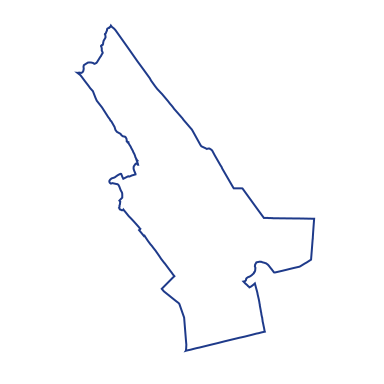 Baleni, Dâmbovita, Romania, rotated 275°
{"feature_id": "2599482B16788296681180", "entity_name": "Baleni", "entity_type": "district", "adm_level": 2, "iso_a3": "ROU", "parent_name": "Romania", "parent_adm1": "Dâmbovita", "projection": "natural_earth1", "projection_center": [25.648, 44.814], "detail": "fine", "context": "isolated", "style": "outline", "palette": "blue", "viewbox_px": 384, "rotation_deg": 275, "n_neighbors": 0, "source": "geoboundaries", "source_scale": "gbopen_adm2", "svg_char_len": 5927}
<svg xmlns="http://www.w3.org/2000/svg" viewBox="0 0 384 384"><g transform="rotate(275 192 192)"><path d="M174.5,295.4L173.5,282.5L173.5,282.4L172.9,274.9L173.0,274.7L172.7,270.0L172.8,269.7L172.4,265.9L179.0,260.1L186.6,253.5L199.9,242.0L200.0,241.8L199.7,238.0L199.3,233.3L200.0,232.7L218.1,220.0L219.5,219.3L221.0,218.1L230.6,211.4L234.9,208.6L235.2,208.3L235.4,208.1L235.9,207.4L236.4,206.4L236.6,206.0L236.8,205.7L236.8,205.1L236.8,204.9L236.7,204.5L236.3,203.1L236.2,203.0L236.5,202.3L237.0,201.1L237.3,200.2L238.3,197.5L238.5,197.3L238.7,197.0L239.9,196.1L253.4,187.0L253.9,186.6L254.2,186.4L262.3,178.1L263.5,176.9L264.3,176.3L264.7,175.9L273.1,167.1L273.7,166.5L274.0,166.3L274.3,166.1L276.4,164.1L278.1,162.3L280.2,160.4L281.4,159.2L286.7,153.9L287.1,153.5L288.1,152.3L289.2,151.1L291.6,148.4L294.3,145.9L299.3,141.6L301.7,140.0L304.7,137.4L312.4,130.7L317.5,126.2L329.9,115.8L346.5,101.7L348.0,100.1L349.5,97.8L350.7,96.7L349.4,96.3L349.1,95.6L348.6,95.5L348.3,95.3L348.2,95.0L348.2,94.6L347.7,94.0L347.3,93.4L346.4,93.2L345.4,93.2L344.2,92.7L342.9,92.4L342.2,92.0L342.0,91.6L341.5,91.5L341.0,91.9L339.7,92.2L338.7,92.4L337.7,92.1L335.0,90.8L333.0,90.5L331.8,90.5L330.9,90.3L330.6,89.9L330.6,89.5L330.5,89.4L330.2,89.3L330.1,89.1L330.0,88.9L329.8,88.8L329.5,88.9L329.4,88.8L329.4,88.7L329.2,88.7L329.1,88.8L328.9,89.0L327.8,89.4L326.6,89.7L325.4,89.7L324.7,90.0L323.6,90.6L322.9,90.9L322.4,90.8L321.2,90.1L319.8,89.6L318.1,88.6L313.3,86.2L312.2,85.5L311.7,84.5L311.2,83.9L311.3,83.2L311.9,82.2L312.2,80.2L312.1,78.5L311.9,77.1L310.1,74.7L308.9,73.2L307.3,73.0L305.3,73.4L303.2,73.2L301.8,72.5L301.0,71.4L301.1,69.1L300.7,67.9L300.7,67.5L298.7,70.6L297.0,72.2L293.5,75.3L288.5,79.9L286.7,81.4L283.8,84.5L277.5,87.6L274.6,89.2L268.4,95.0L259.3,102.0L257.8,103.4L255.9,104.7L255.5,105.4L250.0,109.2L247.2,110.3L245.4,111.9L243.7,115.7L242.3,116.9L241.4,118.5L241.4,119.6L241.2,120.1L241.2,120.6L240.8,121.1L239.3,122.1L237.9,122.4L237.4,122.6L237.1,122.6L236.9,122.5L236.7,122.6L236.6,123.0L236.4,123.2L236.2,123.3L236.3,123.6L236.3,123.8L236.0,123.9L235.5,124.1L235.6,124.4L235.4,124.4L235.2,124.5L234.6,124.9L233.7,125.5L231.9,126.9L230.6,127.6L229.0,128.7L228.5,129.0L227.6,129.6L226.3,130.2L225.4,130.9L223.9,131.7L223.3,132.0L221.5,132.7L221.0,133.1L220.3,133.5L219.9,133.8L219.3,134.1L219.0,134.4L219.0,134.0L218.8,134.1L218.7,134.1L215.4,135.6L214.5,135.9L214.5,135.5L214.9,135.2L215.3,134.7L215.4,134.3L215.5,133.9L215.3,133.5L214.8,133.1L213.6,132.4L212.7,131.9L212.2,131.7L211.8,131.7L210.9,131.7L210.2,131.8L209.7,131.9L207.6,132.8L206.8,133.3L205.4,134.0L205.0,134.2L204.6,134.2L204.3,133.3L203.9,132.4L203.2,130.5L202.5,129.4L201.9,128.1L201.9,127.6L202.1,127.3L201.9,126.7L199.2,122.4L201.0,121.3L203.8,119.9L203.9,119.6L203.9,119.3L203.6,118.7L202.9,117.5L201.9,116.1L201.4,115.6L200.7,114.7L200.4,114.4L200.1,114.1L199.6,113.3L198.5,110.7L197.4,109.6L196.7,109.1L196.1,108.8L195.5,108.7L194.8,108.9L194.3,109.1L193.9,109.5L193.5,110.1L193.4,110.3L193.3,110.5L193.9,111.9L193.3,116.5L193.3,117.1L193.0,117.6L192.5,118.2L192.0,118.5L191.3,119.0L188.8,120.2L187.4,120.9L186.1,121.8L185.3,122.3L184.4,122.6L182.9,122.8L180.3,123.0L177.1,120.4L176.0,121.4L175.4,121.3L173.5,121.3L172.8,121.1L172.3,121.0L171.8,120.9L171.4,121.0L171.1,121.1L170.3,120.9L169.9,120.7L169.7,121.0L169.2,121.2L168.8,121.4L168.4,121.6L168.1,122.7L167.7,123.7L167.9,124.4L167.8,124.8L168.0,125.2L168.4,125.3L164.6,129.0L162.4,131.1L160.3,133.6L157.5,136.7L152.3,142.2L151.3,143.1L150.9,143.3L150.7,143.7L150.3,143.5L149.4,142.6L147.0,145.0L146.9,145.1L144.0,147.9L144.5,148.3L144.4,148.5L144.0,148.7L139.5,152.3L136.0,155.4L135.9,155.6L135.7,155.8L134.2,157.3L133.9,157.5L132.8,158.5L132.6,158.7L131.1,160.1L130.8,160.4L130.3,160.9L130.0,161.1L125.7,164.7L122.8,167.0L118.9,170.6L118.6,170.9L118.6,171.0L111.4,177.4L110.0,178.7L108.1,180.3L106.6,181.8L104.7,180.1L92.9,170.3L90.6,172.6L90.2,173.2L85.2,180.7L83.4,183.4L82.0,185.5L80.3,188.2L80.0,188.6L79.7,188.8L79.3,189.2L76.4,190.5L66.2,195.1L44.9,198.7L39.2,199.7L38.3,199.7L36.1,199.8L33.5,199.8L33.3,199.7L33.5,200.2L34.2,202.4L34.5,203.4L34.9,204.7L35.9,207.4L36.8,210.0L37.3,211.6L37.6,212.7L41.9,225.3L42.0,225.6L42.4,226.8L43.8,231.0L46.0,237.2L51.1,252.4L51.4,253.5L52.6,257.3L55.0,264.2L56.6,268.6L57.1,270.5L58.2,273.5L59.2,276.7L59.4,276.6L59.9,276.4L61.8,275.9L62.9,275.6L64.5,275.1L65.5,274.8L66.9,274.4L69.4,273.6L70.0,273.5L70.5,273.4L72.1,273.0L72.4,273.0L72.8,272.9L73.5,272.6L74.8,272.2L76.1,271.8L77.6,271.5L79.1,271.0L79.7,270.9L84.7,269.5L85.1,269.4L85.5,269.4L86.4,269.1L88.8,268.5L91.2,267.8L96.4,266.1L96.7,266.1L99.9,265.0L100.0,264.9L100.3,264.8L106.4,262.6L105.2,261.5L103.8,260.0L102.7,258.7L102.0,257.5L102.6,257.0L102.9,256.5L103.1,256.1L103.4,255.8L103.9,255.3L105.5,253.1L107.3,251.1L107.5,251.8L107.8,252.5L108.0,252.8L108.4,253.1L108.9,253.4L109.3,253.5L110.2,253.5L110.4,253.6L110.8,253.8L111.2,254.2L112.0,255.2L112.3,255.6L112.6,256.6L113.4,257.6L114.0,258.4L114.6,259.0L115.2,259.5L116.2,260.5L116.4,260.7L116.7,260.7L117.2,260.7L117.3,260.7L117.4,260.8L117.6,261.2L118.1,261.5L119.0,261.7L119.9,261.8L120.9,261.7L121.6,261.8L121.9,261.8L122.2,261.7L123.2,261.2L123.5,261.1L123.8,261.1L124.3,261.2L124.9,261.2L125.2,261.2L126.8,262.0L127.1,262.2L127.4,262.2L127.5,262.3L127.6,262.5L128.5,265.6L128.5,266.2L128.4,266.5L128.5,266.7L128.5,266.9L128.5,267.2L128.2,268.0L128.0,268.9L127.9,269.8L127.5,271.5L127.4,272.0L127.2,272.3L126.2,274.0L125.6,274.5L125.4,274.9L125.0,275.2L122.0,278.0L121.7,278.4L121.4,278.6L121.1,278.8L119.9,280.0L119.3,280.4L119.1,280.6L119.0,280.9L119.0,281.1L119.1,281.8L119.9,284.3L121.7,289.8L122.1,290.9L122.2,291.3L123.8,295.9L125.5,301.0L126.9,305.4L127.1,305.8L127.4,306.3L128.9,308.3L130.6,310.6L131.8,312.4L135.0,316.5L146.4,316.4L155.7,316.3L155.8,316.4L157.6,316.3L162.1,316.2L168.2,316.1L176.0,316.0L175.6,310.4L175.4,307.3L174.9,300.3L174.5,295.4Z" fill="none" stroke="#1e3a8a" stroke-width="2"/></g></svg>